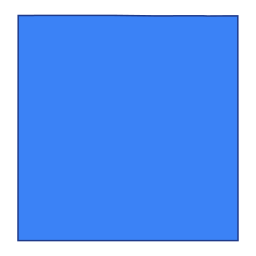 Sherman, Texas, United States of America
{"feature_id": "52423323B51722927782830", "entity_name": "Sherman", "entity_type": "district", "adm_level": 2, "iso_a3": "USA", "parent_name": "United States of America", "parent_adm1": "Texas", "projection": "mercator", "projection_center": [-101.861, 36.278], "detail": "fine", "context": "isolated", "style": "filled", "palette": "blue", "viewbox_px": 256, "rotation_deg": 0, "n_neighbors": 0, "source": "geoboundaries", "source_scale": "gbopen_adm2", "svg_char_len": 338}
<svg xmlns="http://www.w3.org/2000/svg" viewBox="0 0 256 256"><path d="M18.0,240.6L238.0,240.6L237.8,15.9L227.2,15.9L225.7,15.9L207.3,16.0L203.0,15.8L174.4,15.8L173.9,15.8L173.4,15.8L172.8,15.9L170.9,15.9L155.2,15.9L112.9,15.4L71.3,15.4L34.7,15.4L33.3,15.5L18.2,15.5L18.0,240.6Z" fill="#3b82f6" stroke="#1e3a8a" stroke-width="1.5"/></svg>